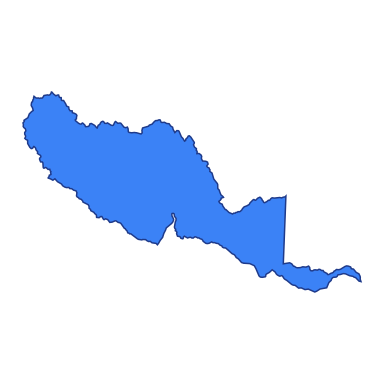 the district of Huacaybamba, Huánuco, Peru
{"feature_id": "86281439B62210146896152", "entity_name": "Huacaybamba", "entity_type": "district", "adm_level": 2, "iso_a3": "PER", "parent_name": "Peru", "parent_adm1": "Huánuco", "projection": "robinson", "projection_center": [-76.78, -9.003], "detail": "fine", "context": "isolated", "style": "filled", "palette": "blue", "viewbox_px": 384, "rotation_deg": 0, "n_neighbors": 0, "source": "geoboundaries", "source_scale": "gbopen_adm2", "svg_char_len": 5952}
<svg xmlns="http://www.w3.org/2000/svg" viewBox="0 0 384 384"><path d="M109.8,222.4L112.2,222.1L115.2,220.8L116.2,221.0L118.1,222.4L119.6,222.7L120.8,223.3L124.4,228.4L125.3,228.7L125.9,229.8L127.0,230.8L127.8,232.9L128.9,233.1L129.7,233.9L130.8,233.8L137.5,238.9L138.6,239.4L141.9,239.9L142.7,239.5L145.7,239.6L146.6,240.5L148.5,241.5L150.3,241.4L152.0,242.8L156.1,243.4L157.4,244.8L158.5,243.4L160.2,240.4L162.6,237.4L163.8,233.5L165.5,230.2L166.3,227.9L171.7,223.4L172.8,222.0L173.6,220.0L173.6,219.1L172.0,216.0L171.8,213.9L172.2,213.4L173.5,213.4L174.2,214.0L174.4,216.2L176.0,218.3L176.1,218.9L176.0,220.6L175.4,221.5L174.4,227.1L174.9,228.5L175.7,229.2L175.3,230.7L176.1,231.1L176.9,232.2L176.6,233.8L177.5,236.2L179.7,236.6L180.3,237.1L180.9,238.3L182.5,238.8L183.1,238.6L183.5,237.0L184.3,236.2L187.6,238.0L189.2,237.4L190.8,237.3L191.5,237.9L193.1,238.1L194.7,236.9L195.3,236.8L196.9,237.4L197.5,237.9L198.9,237.9L200.2,238.8L201.9,239.3L203.0,240.7L203.1,241.3L205.8,243.3L207.2,243.6L209.1,243.3L211.6,241.9L213.0,242.7L214.5,242.6L216.3,243.3L218.4,243.6L219.9,245.1L221.8,245.9L222.5,247.2L223.7,247.8L225.7,248.0L232.1,253.7L234.3,254.7L235.0,255.5L236.2,257.5L238.4,258.9L241.5,262.5L243.6,263.2L249.8,263.6L254.3,265.7L256.0,268.8L258.8,275.4L259.4,276.4L260.5,277.1L262.3,277.3L265.3,276.8L265.7,276.3L265.8,274.9L266.3,274.1L269.4,272.4L272.2,269.8L275.1,272.0L276.4,274.1L277.4,275.0L279.4,276.1L280.1,276.1L281.5,275.6L282.5,276.1L284.1,278.6L284.9,279.3L286.8,280.4L291.6,284.4L293.1,285.1L295.2,285.4L298.6,288.1L301.3,287.9L305.0,289.6L308.3,289.1L314.8,292.0L316.7,291.2L320.1,289.0L326.7,287.8L328.9,282.5L331.1,280.5L331.6,279.0L332.5,277.8L333.5,277.3L336.1,277.1L337.1,276.4L338.0,274.8L340.0,274.6L343.2,273.6L345.4,273.8L349.6,275.7L353.1,276.4L354.1,277.2L355.6,277.6L359.0,281.1L361.0,281.6L360.2,279.2L360.3,277.5L360.1,276.3L358.9,273.8L356.2,272.4L353.5,269.1L351.3,268.7L350.8,267.2L350.3,266.8L348.3,266.1L346.6,265.9L345.1,266.4L340.4,269.3L338.6,269.7L336.4,269.5L335.1,270.7L334.1,271.1L333.4,272.2L332.4,272.9L331.1,273.2L328.8,274.5L327.9,274.6L327.4,274.3L327.1,273.5L324.0,271.9L323.1,270.5L321.6,270.5L319.9,269.4L318.9,269.3L317.5,270.1L315.0,269.8L313.6,270.1L312.8,270.8L311.0,270.8L309.9,269.5L309.7,267.5L308.6,266.1L306.0,267.1L302.7,266.8L300.4,267.6L297.2,267.8L295.7,267.3L294.5,266.3L293.5,266.2L291.7,263.8L289.7,262.8L283.3,263.8L285.9,196.0L285.0,196.9L283.1,197.2L281.7,197.9L279.7,197.5L274.4,198.1L272.1,197.8L270.9,198.6L269.6,200.3L268.3,200.3L267.0,201.5L264.7,202.7L263.7,202.4L262.9,200.8L262.2,200.2L262.0,199.3L260.5,197.5L259.8,197.2L257.7,198.2L255.7,200.2L255.2,200.3L253.9,199.5L253.0,199.9L250.0,202.9L249.2,204.5L246.7,205.9L244.2,206.8L242.5,208.6L241.9,209.8L240.3,211.4L239.1,211.8L238.1,211.6L237.0,212.4L236.0,212.4L235.1,213.2L233.8,213.1L232.6,214.0L229.0,212.5L226.0,209.6L225.4,209.6L225.0,209.2L222.8,206.0L222.2,204.2L220.1,203.3L218.9,201.7L218.9,201.3L220.3,200.2L221.1,199.1L221.1,198.2L223.5,197.4L223.0,196.6L220.9,194.8L219.6,191.5L219.3,190.2L217.8,188.6L217.7,184.5L217.3,183.5L213.8,179.1L212.0,173.0L209.8,171.4L210.0,169.8L209.5,169.3L209.3,168.4L209.0,167.9L207.6,167.3L206.8,166.3L206.8,165.8L208.1,164.1L207.5,162.1L205.9,161.3L202.6,161.0L201.7,159.3L201.4,158.2L201.7,156.3L200.9,154.8L199.0,153.5L196.9,153.6L197.2,152.0L197.0,151.1L196.3,150.5L196.4,148.6L194.5,147.1L193.5,144.8L194.3,143.1L194.3,142.4L190.9,137.2L189.4,135.8L188.3,136.0L187.3,137.7L185.8,139.1L185.6,140.5L184.5,141.1L182.9,138.4L181.4,136.8L179.0,131.2L178.3,130.7L176.8,130.6L174.9,132.6L173.1,129.4L172.6,127.2L170.7,126.0L169.1,123.7L166.7,123.5L164.5,122.3L161.8,122.5L161.0,122.1L160.2,120.0L159.8,119.8L158.3,120.0L157.6,120.5L155.6,120.6L154.4,121.5L152.0,124.2L149.3,125.1L148.5,126.2L142.7,127.9L142.4,128.3L142.3,129.4L141.9,130.1L142.2,132.8L141.0,134.0L136.7,132.8L134.2,132.5L131.6,132.8L129.0,132.4L128.3,131.7L128.1,128.7L127.4,127.1L125.7,127.7L124.0,127.2L120.9,123.3L120.0,123.0L117.8,123.3L115.6,121.5L114.8,122.1L113.4,125.1L112.7,125.5L111.1,125.2L107.5,122.9L106.4,123.4L104.7,123.3L103.6,121.6L102.7,121.3L101.3,121.9L100.3,123.2L99.8,124.4L98.2,125.3L97.2,128.0L96.7,127.8L94.7,125.4L91.4,123.5L90.0,123.7L89.3,125.5L88.5,126.4L85.9,126.7L85.5,126.6L84.9,125.1L82.9,123.2L82.3,123.0L81.1,124.1L80.1,124.0L78.6,123.3L75.4,120.6L75.3,119.7L76.4,118.9L76.5,117.1L76.9,115.5L76.3,114.4L74.6,113.4L72.4,112.7L72.2,110.9L70.0,110.7L68.9,108.9L68.7,107.0L66.6,106.1L65.7,103.9L63.6,100.5L61.9,100.5L61.4,100.2L61.2,97.6L59.8,97.5L59.3,97.1L58.6,95.0L57.3,95.1L55.9,95.8L53.6,94.1L51.9,92.1L51.4,92.0L50.9,93.5L49.9,94.8L48.9,95.2L47.5,94.9L44.0,95.5L42.6,97.8L41.9,98.2L40.9,98.0L39.4,98.4L38.1,97.9L37.0,98.2L35.8,97.8L34.0,96.3L33.6,97.5L33.6,98.8L32.9,99.9L32.5,101.7L31.8,102.1L31.5,102.9L31.2,105.0L31.3,105.7L32.5,107.8L33.2,110.5L31.6,111.6L29.3,113.9L27.9,117.7L24.0,120.3L24.3,120.8L24.2,121.5L23.0,122.9L23.4,124.6L23.2,126.5L23.9,127.6L25.3,128.7L25.8,130.4L25.8,131.0L24.7,132.5L24.7,134.1L25.6,136.0L25.5,137.1L24.8,138.3L25.7,139.3L27.6,140.3L27.7,143.6L29.9,147.4L31.1,148.5L31.8,148.6L32.7,148.1L33.7,146.5L34.2,146.6L35.6,148.1L36.0,149.8L37.7,151.8L37.4,153.3L38.6,154.3L40.1,155.1L40.8,156.0L40.9,156.9L39.6,158.3L39.6,159.5L40.6,161.9L42.3,162.0L42.9,162.9L43.2,167.4L43.5,168.0L44.0,168.2L45.5,167.5L46.4,167.8L48.0,169.4L49.8,169.3L50.1,170.7L50.9,171.6L50.6,172.5L51.0,174.3L50.8,174.6L49.3,175.2L49.1,176.5L48.2,177.6L48.2,178.1L50.3,178.8L52.9,180.2L54.9,178.8L57.5,181.7L61.5,184.0L62.6,185.7L64.6,187.0L66.4,187.6L68.9,187.5L69.8,188.6L71.7,188.7L73.7,190.2L76.0,190.8L76.9,192.6L76.5,195.9L77.1,196.9L78.5,197.7L79.2,198.7L81.3,199.4L82.7,201.0L83.0,202.1L88.2,204.7L89.0,206.2L89.1,208.3L90.5,209.4L90.8,210.7L94.0,212.4L94.6,213.5L96.0,214.5L96.4,215.3L96.6,217.4L99.0,217.7L99.7,217.4L100.3,216.6L101.8,216.5L103.6,219.5L104.3,219.6L105.5,218.8L107.7,219.6L109.8,222.4Z" fill="#3b82f6" stroke="#1e3a8a" stroke-width="1.5"/></svg>